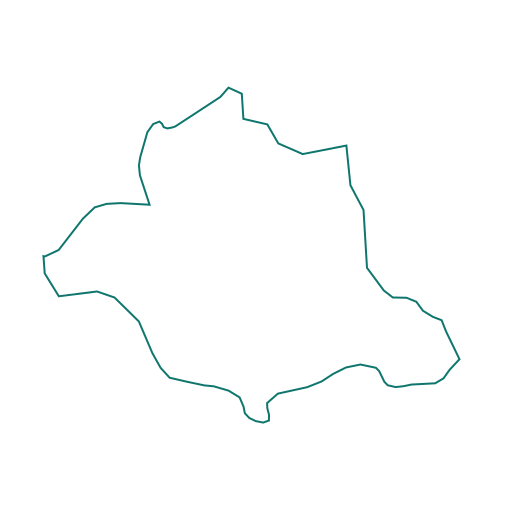 the District of Nebbi, rotated 95°
{"feature_id": "UGA-3084", "entity_name": "Nebbi", "entity_type": "District", "adm_level": 1, "iso_a3": "UGA", "parent_name": "Uganda", "parent_adm1": "", "projection": "robinson", "projection_center": [31.298, 2.468], "detail": "fine", "context": "isolated", "style": "outline", "palette": "teal", "viewbox_px": 512, "rotation_deg": 95, "n_neighbors": 0, "source": "natural_earth", "source_scale": "10m", "svg_char_len": 1100}
<svg xmlns="http://www.w3.org/2000/svg" viewBox="0 0 512 512"><g transform="rotate(95 256 256)"><path d="M175.9,380.5L168.0,380.0L142.1,375.0L133.5,369.9L130.5,363.9L132.4,361.2L135.7,359.2L136.6,355.4L135.2,350.4L133.9,347.6L100.6,305.3L90.7,298.1L95.6,284.3L120.5,280.5L123.9,256.2L141.9,243.6L150.4,218.4L138.1,175.6L177.3,168.1L200.8,152.9L258.1,144.4L279.2,125.7L285.4,116.1L284.5,102.4L287.6,92.3L296.0,84.9L301.2,74.5L303.8,65.5L314.9,59.9L341.1,44.3L352.6,53.3L361.5,58.5L367.2,66.4L370.5,89.9L372.8,97.5L374.4,105.5L373.3,113.5L370.1,117.2L360.0,123.2L356.9,126.8L355.0,142.5L359.2,156.6L366.8,169.0L375.2,179.6L382.2,193.5L391.2,222.2L401.5,232.1L406.5,231.5L413.1,229.2L418.8,228.8L421.3,234.3L420.5,241.8L418.0,248.5L413.6,253.4L407.1,255.3L398.3,260.0L392.5,271.6L389.5,286.7L389.4,296.3L387.2,314.3L384.8,331.4L375.7,341.3L361.9,350.7L331.4,367.0L309.7,393.3L305.2,411.3L313.3,448.9L291.7,465.0L274.7,467.7L274.9,466.4L273.9,464.6L267.2,453.1L233.9,431.7L221.6,420.9L217.1,409.4L215.1,395.4L214.2,366.5L185.7,378.7L175.9,380.5Z" fill="none" stroke="#0f766e" stroke-width="2"/></g></svg>